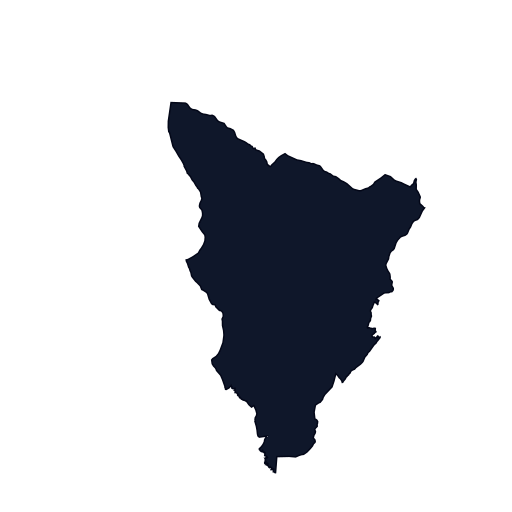 the district of Sarmizegetusa, Hunedoara, Romania, rotated 128°
{"feature_id": "2599482B56476648103068", "entity_name": "Sarmizegetusa", "entity_type": "district", "adm_level": 2, "iso_a3": "ROU", "parent_name": "Romania", "parent_adm1": "Hunedoara", "projection": "natural_earth1", "projection_center": [22.749, 45.477], "detail": "fine", "context": "isolated", "style": "filled", "palette": "ink", "viewbox_px": 512, "rotation_deg": 128, "n_neighbors": 0, "source": "geoboundaries", "source_scale": "gbopen_adm2", "svg_char_len": 6131}
<svg xmlns="http://www.w3.org/2000/svg" viewBox="0 0 512 512"><g transform="rotate(128 256 256)"><path d="M414.7,107.2L401.3,116.1L393.5,106.6L389.9,101.1L386.4,99.2L384.4,97.8L383.0,96.4L379.1,95.2L374.4,94.7L370.9,94.6L368.7,95.1L366.6,94.8L365.8,95.1L364.7,96.3L364.1,98.9L361.6,100.0L359.4,100.3L358.4,100.7L357.6,101.2L356.7,102.9L355.3,103.2L352.6,102.9L350.9,104.3L350.1,104.5L348.5,105.5L347.9,107.0L347.9,108.2L348.2,109.3L343.3,114.1L337.7,117.0L336.8,117.4L336.3,117.2L333.1,116.2L331.8,115.4L328.1,115.3L326.0,116.1L322.7,116.5L312.4,115.5L306.8,117.5L299.5,120.7L299.8,118.2L300.7,115.4L300.7,114.3L300.9,113.4L301.5,111.6L302.5,110.2L302.1,109.9L300.9,110.1L298.0,110.0L295.3,110.5L295.1,110.2L293.6,110.2L292.8,109.9L291.3,110.1L290.0,109.8L288.8,110.4L286.7,109.9L284.5,108.7L282.4,108.6L276.9,107.1L274.4,106.8L273.2,106.8L268.7,108.0L265.2,107.8L263.1,108.3L261.2,107.9L253.7,108.3L250.4,107.8L248.8,108.2L248.3,108.0L243.9,108.0L243.5,108.4L244.0,108.6L244.4,109.4L244.0,110.8L244.8,111.0L245.7,110.3L245.9,110.9L247.5,111.3L247.0,112.8L247.9,113.9L248.1,114.5L247.5,115.5L246.6,115.8L244.0,115.1L243.6,115.4L241.9,114.8L241.7,115.1L241.9,115.5L241.4,116.2L239.6,117.4L239.7,117.8L240.6,118.8L242.0,119.9L241.9,120.4L242.6,121.5L242.7,122.3L243.2,122.7L243.1,123.1L244.1,123.8L243.7,124.4L241.4,125.0L238.8,126.2L237.6,126.0L236.3,126.2L234.6,127.3L232.3,128.0L231.0,129.5L229.9,130.3L229.3,131.6L228.0,132.5L225.1,132.6L223.1,133.4L219.3,134.4L219.1,133.9L219.2,131.3L219.4,130.3L219.1,130.2L217.5,131.3L215.6,131.7L215.5,134.3L216.2,134.7L215.0,135.1L206.6,132.4L205.6,131.7L203.1,128.8L201.2,127.9L200.5,127.0L198.7,126.9L197.6,127.4L196.9,128.0L195.8,130.7L195.2,131.3L192.5,132.7L192.1,133.6L191.7,136.1L190.1,137.2L188.2,139.1L187.6,139.9L186.6,142.8L185.4,145.3L183.5,148.0L182.0,148.8L176.7,149.8L174.7,151.0L171.1,152.3L168.9,152.4L166.7,151.7L165.1,151.7L159.3,153.8L156.1,154.2L152.1,153.9L150.2,152.9L147.9,151.3L145.8,150.7L144.6,150.8L140.7,151.9L138.0,152.1L134.5,153.1L131.8,153.2L130.4,152.8L127.8,151.2L125.2,151.0L118.1,152.7L114.3,152.8L114.6,153.6L114.2,155.1L113.9,159.2L112.1,161.0L110.7,161.9L108.8,162.6L108.2,163.2L105.9,167.6L104.9,170.8L101.3,173.5L99.4,175.5L96.9,176.8L96.6,177.6L97.4,177.8L99.1,177.6L101.9,176.4L104.7,177.0L106.3,176.9L106.7,177.1L108.3,183.9L108.8,186.6L110.7,191.7L111.1,193.7L110.7,198.9L112.5,204.3L117.6,205.5L124.5,207.8L127.2,207.5L130.3,208.3L131.5,208.9L133.1,209.2L135.6,211.1L139.4,213.2L140.3,213.9L141.1,214.9L143.2,219.8L143.6,221.5L143.1,228.9L143.6,232.7L144.4,235.7L144.2,238.5L144.4,242.0L145.6,244.3L145.6,248.1L146.2,249.6L146.4,252.0L147.2,254.0L147.2,255.8L145.8,260.5L145.9,261.7L147.0,264.2L147.7,267.1L148.1,268.0L149.3,269.2L149.8,271.5L151.2,273.9L153.3,279.4L155.1,282.8L157.5,292.7L157.5,296.1L161.4,297.8L164.4,298.7L167.2,299.0L170.3,298.9L174.5,299.6L176.4,299.6L176.8,299.8L177.0,300.6L176.8,301.6L176.9,303.5L175.2,305.5L174.3,307.6L174.0,309.3L172.6,310.8L171.2,312.9L171.2,318.0L172.4,321.1L172.3,322.0L171.6,323.2L172.7,323.9L173.0,324.6L172.1,326.5L172.5,327.9L172.2,329.4L172.8,331.3L172.8,333.3L173.0,335.1L174.9,342.8L174.6,344.4L174.0,345.8L171.8,349.0L170.9,351.2L171.5,354.7L172.7,357.4L172.5,359.0L171.2,362.8L172.8,367.1L173.1,368.4L172.9,370.3L171.7,374.3L171.7,375.4L172.1,377.2L173.7,378.7L175.3,382.5L176.8,385.1L177.5,387.5L177.5,390.9L177.7,392.1L178.3,393.8L179.6,396.0L180.0,397.3L180.0,399.5L178.8,403.3L178.8,404.7L179.1,405.9L187.4,417.4L203.7,408.1L208.7,404.3L211.8,401.2L211.9,400.3L213.2,398.5L220.4,389.3L221.0,388.3L222.7,383.4L224.8,378.3L226.2,374.0L227.7,370.4L228.8,368.4L229.5,367.9L231.7,362.9L233.1,361.0L233.0,359.7L233.5,358.2L233.7,356.6L235.3,353.1L235.9,350.2L237.4,346.7L237.8,345.0L238.4,343.9L238.5,342.4L239.5,339.6L239.9,338.8L242.9,335.6L243.7,334.2L245.7,333.3L248.7,332.7L250.9,331.7L251.8,331.0L252.4,330.1L253.0,327.1L253.5,326.3L255.1,324.5L257.0,323.0L258.7,322.3L265.2,320.9L267.9,319.4L269.9,313.4L270.8,309.4L272.4,307.6L275.6,305.5L279.4,304.3L283.5,303.8L285.9,303.8L289.2,303.2L296.0,305.4L300.6,307.4L302.1,308.6L303.1,307.4L304.0,305.4L306.3,302.1L306.7,300.9L308.2,298.8L308.9,297.3L311.3,294.5L311.8,293.2L313.1,287.9L313.1,286.7L313.8,281.5L315.8,278.1L315.4,276.4L315.1,272.9L315.4,271.1L318.9,266.2L320.9,261.6L320.8,260.1L319.6,258.4L320.8,256.2L321.4,251.3L320.7,250.0L320.6,248.7L321.5,246.6L323.7,244.6L326.6,243.9L328.0,242.3L331.4,239.6L334.6,235.7L337.4,233.1L338.7,232.1L344.7,228.6L352.3,226.2L356.0,225.4L359.6,225.5L363.6,226.9L365.2,226.9L367.9,224.1L368.8,221.7L369.1,219.4L369.6,218.0L370.5,216.6L371.7,210.4L373.9,206.4L377.8,200.3L378.7,199.5L379.0,198.8L379.8,197.9L379.5,197.3L376.6,196.1L373.4,195.9L374.1,195.1L373.9,194.4L374.8,193.9L375.0,193.6L374.7,192.3L373.3,191.3L373.1,191.0L374.1,190.2L375.0,190.4L374.8,189.8L375.1,189.2L374.8,189.2L376.0,188.8L376.5,188.4L375.8,187.5L376.0,185.1L376.2,184.7L376.5,185.2L376.9,184.9L377.1,184.3L376.8,183.4L377.7,181.7L377.2,181.5L377.8,179.4L377.4,178.2L377.5,177.4L376.8,176.4L376.7,175.3L376.1,174.3L376.5,174.1L376.4,173.6L377.5,170.1L377.8,166.5L375.2,165.7L375.3,165.4L377.4,161.3L379.7,158.2L381.7,157.3L383.9,157.0L385.6,156.0L386.9,154.6L387.1,154.8L390.0,150.8L392.6,147.9L395.3,145.3L396.6,143.6L396.7,141.9L391.1,136.5L393.9,136.4L395.6,136.0L397.3,135.0L400.1,134.4L403.0,134.3L405.9,134.7L406.5,134.1L406.5,133.3L406.8,132.7L406.8,131.3L406.3,130.6L405.3,130.8L406.1,129.6L405.7,129.1L405.9,128.6L405.3,128.5L405.3,127.8L406.3,127.3L407.0,126.7L407.7,126.5L407.9,126.1L407.4,125.7L407.7,124.5L407.3,124.1L407.7,122.9L408.1,122.9L408.8,123.9L409.2,123.4L409.6,123.5L410.0,124.3L410.4,123.4L411.3,123.1L411.7,121.7L412.2,121.7L413.0,122.3L414.0,121.5L414.0,121.2L413.4,121.1L414.0,120.5L412.9,120.4L412.6,119.8L412.3,119.6L412.2,118.9L412.7,118.4L413.1,118.5L413.4,119.2L414.1,118.9L413.8,118.3L414.0,117.7L413.8,117.0L414.4,116.1L414.5,115.2L413.6,115.1L414.0,114.7L413.1,113.6L413.9,112.8L415.0,112.6L414.2,111.5L413.1,111.7L412.9,111.2L412.9,110.7L414.0,110.8L414.1,110.3L415.4,109.5L415.0,108.8L415.0,107.5L414.7,107.2Z" fill="#0f172a" stroke="#020617" stroke-width="1.5"/></g></svg>